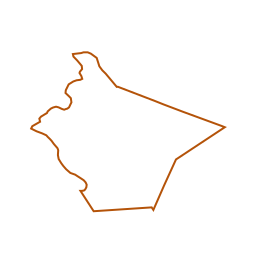 M'Bagne, Brakna, Mauritania (orthographic projection), rotated 75°
{"feature_id": "47542326B91967865285968", "entity_name": "M'Bagne", "entity_type": "district", "adm_level": 2, "iso_a3": "MRT", "parent_name": "Mauritania", "parent_adm1": "Brakna", "projection": "orthographic", "projection_center": [-13.836, 16.289], "detail": "fine", "context": "isolated", "style": "outline", "palette": "amber", "viewbox_px": 256, "rotation_deg": 75, "n_neighbors": 0, "source": "geoboundaries", "source_scale": "gbopen_adm2", "svg_char_len": 1135}
<svg xmlns="http://www.w3.org/2000/svg" viewBox="0 0 256 256"><g transform="rotate(75 128 128)"><path d="M152.3,34.3L150.2,37.1L126.7,70.5L114.4,87.6L108.8,95.1L85.5,127.2L85.4,128.2L69.7,135.5L65.6,137.9L61.0,139.7L52.2,140.1L46.6,144.6L44.5,147.3L43.4,151.5L43.5,153.9L42.3,162.1L44.9,162.2L49.6,159.6L56.0,156.6L59.2,157.1L61.2,159.9L62.3,160.6L65.8,159.6L68.7,159.5L69.1,161.7L68.6,165.3L68.9,168.8L70.5,174.0L75.4,178.3L78.0,179.3L82.4,176.6L84.4,175.5L88.6,176.0L90.9,178.0L92.8,179.6L93.6,181.6L93.6,183.1L93.8,184.9L92.5,186.9L90.1,189.7L88.8,192.0L88.8,195.0L89.3,197.5L91.2,201.3L92.5,202.3L94.5,209.1L96.0,211.2L99.2,211.3L100.6,216.7L101.5,220.0L103.5,221.7L107.5,217.2L110.9,212.4L113.9,208.8L115.9,207.8L118.4,206.3L120.7,205.1L123.9,203.9L125.4,203.2L129.1,201.4L130.5,201.2L131.5,201.2L136.0,202.7L140.0,203.0L144.7,201.6L148.0,200.3L151.9,198.4L156.5,195.3L159.4,191.1L161.1,189.6L164.5,186.5L167.0,184.3L169.6,183.0L172.1,182.6L174.5,183.6L176.3,185.3L177.0,186.8L176.8,188.7L176.4,190.2L199.5,182.7L210.8,125.7L213.7,124.7L192.7,107.9L170.8,89.8L152.3,34.3Z" fill="none" stroke="#b45309" stroke-width="2"/></g></svg>